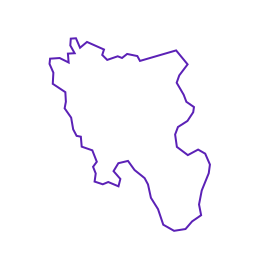 the district of Kanlikul, Karakalpakstan, Uzbekistan, rotated 15°
{"feature_id": "79887680B11359237520420", "entity_name": "Kanlikul", "entity_type": "district", "adm_level": 2, "iso_a3": "UZB", "parent_name": "Uzbekistan", "parent_adm1": "Karakalpakstan", "projection": "robinson", "projection_center": [59.048, 42.737], "detail": "fine", "context": "isolated", "style": "outline", "palette": "violet", "viewbox_px": 256, "rotation_deg": 15, "n_neighbors": 0, "source": "geoboundaries", "source_scale": "gbopen_adm2", "svg_char_len": 962}
<svg xmlns="http://www.w3.org/2000/svg" viewBox="0 0 256 256"><g transform="rotate(15 128 128)"><path d="M43.9,104.8L58.2,109.6L61.2,118.7L61.7,125.4L70.4,132.7L75.4,143.5L80.4,148.9L84.7,148.6L88.1,158.0L99.3,158.8L106.6,168.7L104.3,174.5L108.6,180.3L109.6,188.4L118.2,188.9L122.9,185.3L133.9,186.8L133.8,179.2L125.2,173.4L127.8,164.5L136.5,159.8L145.2,166.9L157.0,172.1L161.9,177.3L168.2,189.5L178.0,198.6L187.1,212.3L199.1,215.4L209.7,210.7L214.1,201.6L221.2,193.3L216.4,183.5L215.4,169.3L217.7,150.8L216.6,142.1L209.2,132.8L201.3,130.7L192.8,138.7L180.1,133.6L175.2,122.1L176.0,114.1L183.6,105.8L186.9,95.9L186.3,90.7L177.6,87.6L173.2,81.5L163.3,71.7L163.9,63.9L169.1,51.1L154.4,40.6L122.2,60.1L118.4,56.1L108.0,56.7L104.1,61.9L99.5,61.4L90.3,67.6L84.2,64.1L84.5,58.4L66.1,55.5L60.9,62.9L54.5,54.8L49.6,56.5L50.9,63.2L57.1,69.6L50.7,71.7L53.7,80.1L43.9,78.1L34.8,81.2L35.6,86.4L41.6,93.9L43.9,104.8Z" fill="none" stroke="#5b21b6" stroke-width="2"/></g></svg>